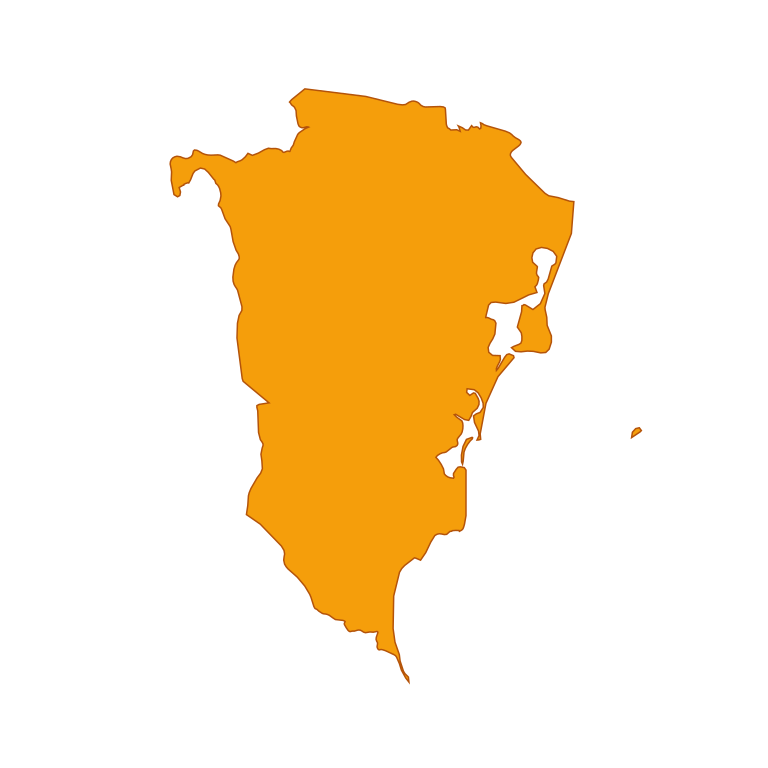 an SVG outline of Atlántico Sur, rotated 14°
{"feature_id": "NIC-644", "entity_name": "Atlántico Sur", "entity_type": "Autonomous Region", "adm_level": 1, "iso_a3": "NIC", "parent_name": "Nicaragua", "parent_adm1": "", "projection": "orthographic", "projection_center": [-84.133, 12.113], "detail": "fine", "context": "isolated", "style": "filled", "palette": "amber", "viewbox_px": 768, "rotation_deg": 14, "n_neighbors": 0, "source": "natural_earth", "source_scale": "10m", "svg_char_len": 6172}
<svg xmlns="http://www.w3.org/2000/svg" viewBox="0 0 768 768"><g transform="rotate(14 384 384)"><path d="M524.1,161.1L529.4,192.6L521.6,256.5L521.6,270.6L522.4,273.0L525.8,279.9L528.1,287.6L534.8,296.9L536.3,302.9L535.8,310.3L533.3,314.3L528.5,315.9L520.9,316.2L515.1,317.4L509.2,319.6L503.7,320.5L498.9,317.9L500.7,316.2L505.6,312.7L507.0,311.1L507.2,308.3L506.3,304.5L504.8,301.1L499.6,296.5L500.0,280.6L498.9,274.6L500.0,274.1L500.6,273.1L502.1,273.1L510.5,275.7L516.3,268.2L518.2,257.3L515.1,249.9L515.1,248.1L517.1,245.8L517.9,242.5L518.3,229.0L520.8,226.4L521.5,224.8L520.7,218.3L516.1,214.4L509.8,212.9L503.7,213.4L498.9,216.2L496.8,220.7L496.9,225.7L498.8,229.9L504.0,232.7L504.5,233.2L504.9,238.1L505.2,239.8L506.3,241.5L507.3,242.2L508.3,243.1L508.6,245.6L508.5,249.7L508.0,251.4L506.9,253.2L507.8,254.4L510.3,258.2L502.9,262.5L490.3,273.2L482.7,276.4L472.5,277.5L468.2,279.0L466.4,282.1L466.5,294.8L466.7,295.0L467.7,294.5L469.7,294.6L472.5,295.2L474.4,295.2L476.0,295.7L477.9,297.9L479.5,308.7L478.6,313.9L477.0,318.8L476.2,323.4L478.0,327.9L482.4,330.0L489.8,328.4L491.0,332.1L490.8,334.5L489.6,339.3L489.3,342.0L489.8,343.6L490.9,341.4L494.6,328.9L496.0,325.8L498.1,324.5L502.8,325.2L503.8,327.0L492.8,349.3L487.6,378.1L489.4,409.1L491.2,414.3L489.6,415.3L487.8,415.9L488.7,411.0L487.1,406.8L481.1,399.4L478.6,393.3L480.7,390.7L484.1,388.3L486.0,382.7L484.8,378.6L481.6,373.9L477.5,369.8L473.0,367.7L465.8,368.5L466.2,372.1L470.0,374.3L473.0,371.0L474.8,371.0L478.8,375.2L480.4,377.7L481.1,380.9L480.3,385.0L476.7,390.3L476.3,394.2L475.0,398.8L470.7,399.0L460.9,396.0L459.6,396.8L462.5,398.6L468.4,400.9L469.8,402.8L470.7,405.4L471.3,408.4L471.4,411.6L471.0,413.8L468.9,418.3L468.4,420.0L468.8,421.4L469.6,422.8L470.1,424.3L469.8,425.9L468.6,427.4L466.1,428.5L465.2,429.2L460.8,434.9L459.4,435.8L457.4,436.6L455.1,438.3L453.1,440.5L452.1,442.6L455.2,444.7L459.0,448.2L462.2,451.9L464.3,456.6L466.0,457.8L468.3,458.7L470.7,459.0L474.2,458.6L474.5,457.5L473.5,455.9L473.1,454.0L474.7,449.3L476.0,446.8L478.1,445.9L482.1,445.7L484.4,447.7L495.4,491.9L496.0,500.4L495.9,503.6L495.6,505.5L494.7,507.0L492.8,508.7L492.3,508.0L489.0,508.7L485.7,509.8L485.4,510.4L483.6,511.2L481.2,514.7L479.0,515.5L476.2,515.6L473.9,515.9L471.9,516.9L470.0,518.7L467.6,526.2L465.3,537.5L462.1,546.1L457.0,545.3L455.6,545.3L448.0,555.0L445.9,558.7L444.6,562.9L444.7,587.4L452.0,619.1L457.1,631.8L464.3,642.8L466.6,648.8L472.3,657.9L474.3,659.9L478.6,662.5L480.3,667.2L476.2,664.0L470.1,657.4L466.6,651.6L462.3,646.0L460.9,644.8L459.1,644.2L449.8,642.4L447.1,642.2L445.4,642.3L443.8,643.1L443.1,643.1L442.2,642.6L441.2,641.4L440.8,640.4L440.6,637.9L440.3,636.6L439.1,635.3L438.1,633.7L437.8,631.6L438.2,627.1L438.1,626.4L437.7,625.9L437.0,625.8L433.7,627.4L430.3,628.0L426.2,629.8L424.2,629.7L421.9,628.9L420.5,628.6L418.7,628.9L417.8,629.3L415.1,630.9L413.1,631.4L411.0,632.5L410.1,632.4L408.8,631.8L406.5,629.8L403.9,627.1L403.6,626.6L403.4,626.0L403.7,623.9L402.9,623.5L401.4,623.3L393.8,624.3L390.9,623.3L387.0,621.7L384.8,621.3L383.3,621.3L380.8,621.6L379.6,621.5L375.8,620.2L373.4,618.9L372.6,618.7L371.8,618.7L370.9,618.1L369.7,616.7L364.8,608.7L362.8,606.0L356.0,599.2L346.6,592.4L335.5,586.6L333.3,585.0L331.1,582.8L329.3,579.1L328.9,576.0L328.7,573.0L327.3,569.7L323.6,566.0L297.8,549.9L282.1,544.0L281.2,534.7L279.5,525.3L279.5,522.2L280.2,517.5L283.6,505.8L285.9,500.3L286.5,495.7L284.1,488.1L281.6,481.9L281.3,475.6L281.5,472.7L281.0,471.2L279.5,469.6L277.5,467.9L274.0,461.4L268.0,440.6L266.3,437.4L265.9,435.7L267.8,434.0L277.0,430.1L246.7,415.5L245.1,413.0L230.2,374.9L227.1,360.5L226.8,352.5L228.3,347.0L227.5,343.4L219.2,328.4L217.8,326.9L216.1,325.4L214.5,323.7L212.7,320.7L211.5,316.8L210.6,309.0L210.8,304.8L211.5,301.9L212.9,298.6L213.2,297.2L212.7,295.5L211.2,293.0L208.1,289.9L203.2,282.4L198.0,270.8L196.7,268.5L189.8,262.1L184.2,253.8L183.0,252.5L180.2,251.1L179.9,249.3L180.6,245.5L180.3,241.0L179.3,238.0L177.2,234.1L175.8,232.4L174.4,231.1L172.3,230.0L170.4,227.0L169.3,226.5L162.4,221.2L158.0,218.8L153.6,218.9L149.0,223.0L147.8,225.9L146.9,232.6L145.9,236.2L145.2,236.1L143.2,237.3L141.5,238.8L141.6,239.5L140.8,239.9L137.7,242.9L140.1,246.9L140.3,250.5L138.4,252.3L134.4,251.0L128.3,237.9L126.6,229.6L125.5,226.9L123.3,222.3L123.0,220.0L123.4,217.6L124.4,215.7L126.0,214.2L128.0,213.1L131.5,212.8L134.1,213.2L136.9,213.3L139.2,212.5L141.9,210.1L142.8,207.8L142.7,204.0L143.5,202.8L145.9,202.5L147.9,202.9L152.1,204.2L154.7,204.5L157.6,204.4L160.9,203.8L167.3,201.9L169.7,201.6L183.7,204.1L186.8,205.1L187.7,204.0L190.6,202.1L192.1,200.7L194.5,197.1L196.2,193.1L201.0,194.0L206.3,190.3L211.3,185.6L214.8,183.2L217.6,182.9L222.0,181.7L225.2,181.6L228.3,182.3L229.7,183.4L230.9,183.5L233.5,181.6L234.8,181.1L235.8,181.3L236.4,181.1L236.9,177.4L238.2,174.2L238.4,170.7L239.9,162.6L241.0,160.6L245.9,155.1L248.7,153.0L248.1,152.9L246.8,153.1L243.6,154.9L242.2,155.2L240.7,155.0L240.1,154.8L239.0,154.2L237.6,152.3L234.2,145.2L232.5,139.9L230.6,137.6L229.7,136.8L226.8,135.5L225.1,133.9L224.1,133.3L225.6,130.4L235.8,116.8L296.8,109.4L329.7,109.3L334.4,108.7L337.3,107.6L340.2,104.5L342.7,102.8L344.4,102.3L346.0,102.2L347.8,102.4L349.0,102.7L350.5,103.4L352.1,104.5L354.9,105.3L357.2,105.2L371.4,101.2L374.6,100.8L376.5,101.3L377.1,102.5L381.6,116.8L382.6,118.6L383.9,120.1L385.4,120.4L387.4,121.4L393.1,119.7L396.8,120.4L394.8,116.9L393.6,115.6L398.1,116.4L401.7,117.8L404.5,117.2L406.5,112.1L408.1,113.2L409.2,113.3L411.3,112.1L412.9,112.1L415.1,113.4L416.0,112.4L415.7,110.0L414.4,107.2L416.9,107.6L417.8,108.2L421.4,108.6L440.5,109.3L445.1,110.0L447.5,111.0L449.3,112.1L451.8,113.2L455.8,114.3L457.6,115.2L458.5,116.3L458.4,117.7L457.9,119.1L457.0,120.5L452.6,126.0L451.7,127.4L451.2,128.8L451.0,130.2L451.2,131.4L451.9,132.5L453.0,133.5L470.7,146.4L494.0,160.0L498.3,161.5L507.9,161.0L519.8,161.7L524.1,161.1ZM478.1,440.8L476.3,434.2L475.8,425.5L477.4,417.8L482.3,414.5L482.7,414.5L483.0,414.7L483.0,415.2L482.9,416.0L481.4,418.4L479.7,422.4L478.5,426.8L478.1,430.7L479.5,439.6L479.6,442.8L478.1,440.8ZM637.2,376.1L636.7,370.7L639.0,366.4L642.3,364.7L645.0,366.9L644.1,368.5L637.2,376.1Z" fill="#f59e0b" stroke="#b45309" stroke-width="1.5"/></g></svg>